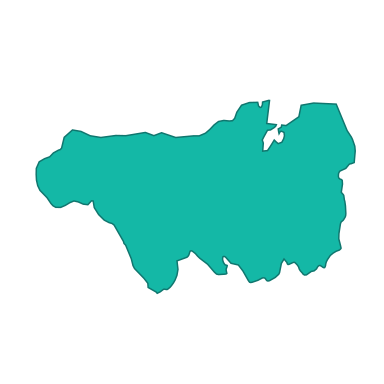 the Province of Guantánamo, rotated 187°
{"feature_id": "CUB-1365", "entity_name": "Guantánamo", "entity_type": "Province", "adm_level": 1, "iso_a3": "CUB", "parent_name": "Cuba", "parent_adm1": "", "projection": "equal_earth", "projection_center": [-75.006, 20.219], "detail": "fine", "context": "isolated", "style": "filled", "palette": "teal", "viewbox_px": 384, "rotation_deg": 187, "n_neighbors": 0, "source": "natural_earth", "source_scale": "10m", "svg_char_len": 3120}
<svg xmlns="http://www.w3.org/2000/svg" viewBox="0 0 384 384"><g transform="rotate(187 192 192)"><path d="M126.2,292.3L126.2,269.1L116.5,269.1L116.9,267.6L118.1,266.1L121.6,263.2L124.6,262.5L127.3,255.8L128.6,252.2L127.2,249.2L126.8,241.2L122.1,242.3L119.9,246.6L118.4,249.8L116.7,253.6L114.9,252.2L112.4,250.5L108.9,252.3L107.5,256.0L107.1,259.0L107.9,262.3L109.1,262.8L110.6,263.2L111.6,262.9L112.2,261.8L112.7,260.5L113.2,261.9L114.1,265.1L111.3,267.2L111.1,269.4L106.7,269.4L95.1,279.7L94.2,291.4L82.2,295.1L59.6,296.8L45.5,271.8L40.5,265.9L39.1,263.7L36.0,257.3L35.0,252.6L34.6,241.0L37.8,239.3L38.5,239.3L39.5,238.5L42.2,234.2L47.7,230.8L48.4,229.6L48.8,228.0L48.6,225.2L48.0,223.8L46.6,222.8L45.6,222.7L44.9,222.4L44.3,221.8L43.6,218.2L43.8,209.9L41.6,207.9L41.1,207.3L40.9,206.9L39.8,202.7L39.2,201.4L38.0,196.9L36.7,189.5L36.6,187.5L36.8,186.1L37.9,183.5L38.5,182.4L39.1,181.7L39.9,180.9L40.4,180.2L40.8,178.5L41.1,168.5L40.6,163.4L38.1,157.0L37.2,154.4L37.6,153.5L38.7,152.3L41.6,150.8L44.3,148.7L47.0,145.9L49.3,141.4L50.2,138.9L50.5,136.9L50.5,135.4L50.7,134.2L51.1,133.2L51.7,132.9L52.9,133.2L53.7,133.7L55.9,134.7L57.0,134.4L58.0,133.4L59.1,130.8L61.2,128.6L63.9,127.7L68.3,123.7L70.1,123.3L71.6,123.9L72.6,125.0L74.8,126.9L76.1,128.5L76.9,130.2L77.2,130.8L78.7,132.5L80.8,134.2L81.8,134.7L82.8,134.5L87.1,131.9L88.0,131.8L88.8,132.5L89.1,133.5L92.5,136.7L94.6,132.0L95.3,122.6L95.9,120.9L99.0,117.3L104.3,113.4L105.8,112.9L107.0,113.2L109.0,115.3L110.1,115.6L111.6,115.3L115.8,112.4L121.2,109.8L122.7,109.3L123.9,109.5L125.3,111.0L131.9,119.9L137.1,125.2L144.6,126.0L150.9,131.6L152.4,132.0L153.3,131.6L153.5,130.5L153.5,129.6L153.4,128.8L153.1,127.9L152.5,126.5L151.6,125.1L150.2,123.7L148.4,123.5L148.1,123.3L148.1,122.9L148.2,121.9L148.7,119.7L148.6,118.9L148.4,118.0L147.5,115.5L148.0,114.9L149.2,114.5L155.5,113.3L157.6,113.5L159.9,115.1L167.7,122.2L176.2,127.2L178.7,129.1L181.1,131.3L184.2,133.2L185.6,133.6L186.6,133.1L186.9,132.1L187.2,130.3L187.5,129.0L187.9,128.1L188.5,127.2L189.1,126.6L198.5,121.8L196.5,113.4L196.8,107.4L198.1,102.5L199.3,99.6L201.0,96.5L202.2,94.7L204.0,92.8L204.8,92.2L205.7,92.1L207.6,92.2L208.3,92.0L209.0,91.4L211.3,89.1L214.2,87.2L215.5,88.4L223.9,91.9L224.7,96.0L229.2,100.5L239.7,109.0L241.6,111.8L244.1,118.3L251.4,131.2L253.2,132.6L254.0,134.6L265.3,149.7L267.5,151.0L270.6,151.5L275.7,153.4L281.9,158.2L287.1,164.6L289.0,171.0L290.7,171.0L293.8,166.7L298.5,166.7L303.7,168.3L308.1,168.7L312.0,166.5L316.1,163.3L320.5,160.7L325.4,160.2L328.3,161.4L330.6,163.4L335.2,168.7L343.1,175.1L345.9,179.5L347.8,184.8L348.8,190.5L349.4,196.5L347.3,203.4L342.4,207.1L337.5,209.6L334.3,213.9L329.6,217.3L328.0,218.0L326.8,219.6L325.5,230.7L318.2,239.0L309.6,238.6L299.9,235.4L289.1,235.0L274.5,238.8L264.6,239.8L245.6,245.4L236.7,243.3L229.4,247.1L214.8,244.1L197.3,247.9L191.7,248.6L185.8,252.0L181.9,256.3L178.3,261.2L174.3,265.2L169.1,266.9L163.7,267.0L160.5,267.7L158.6,270.3L157.2,276.7L153.4,284.2L145.9,287.8L137.7,289.0L136.4,285.4L134.7,284.2L133.5,284.7L132.8,286.9L132.9,289.9L127.0,292.3L126.2,292.3Z" fill="#14b8a6" stroke="#0f766e" stroke-width="1.5"/></g></svg>